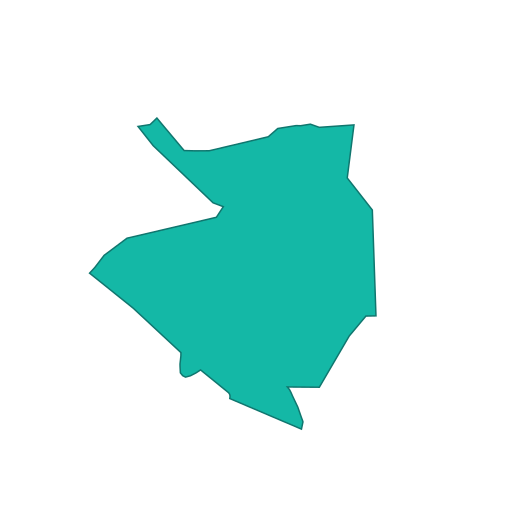 Guelatao de Juárez, Oaxaca, Mexico, rotated 149°
{"feature_id": "50627088B65015189617486", "entity_name": "Guelatao de Juárez", "entity_type": "district", "adm_level": 2, "iso_a3": "MEX", "parent_name": "Mexico", "parent_adm1": "Oaxaca", "projection": "albers", "projection_center": [-96.496, 17.314], "detail": "fine", "context": "isolated", "style": "filled", "palette": "teal", "viewbox_px": 512, "rotation_deg": 149, "n_neighbors": 0, "source": "geoboundaries", "source_scale": "gbopen_adm2", "svg_char_len": 839}
<svg xmlns="http://www.w3.org/2000/svg" viewBox="0 0 512 512"><g transform="rotate(149 256 256)"><path d="M290.4,427.8L287.3,403.5L265.4,323.7L258.6,315.1L270.0,309.6L357.4,337.7L385.8,334.8L399.0,329.6L400.0,329.2L407.5,327.0L388.1,274.4L370.1,211.9L371.8,209.1L374.3,205.8L376.8,202.5L377.9,200.6L381.0,194.8L380.5,191.2L378.8,188.5L373.9,187.1L367.6,186.7L362.2,186.9L349.9,152.9L349.8,151.1L350.3,149.5L351.3,148.0L351.9,147.3L306.2,84.2L301.2,89.6L300.9,90.7L300.1,94.9L298.0,104.9L296.8,117.2L296.3,121.0L296.1,124.4L296.6,127.6L269.3,110.9L217.3,139.4L192.7,147.9L184.0,142.9L132.6,235.5L137.6,275.9L104.5,317.9L135.5,333.7L141.5,341.0L150.7,344.7L154.4,347.1L171.7,354.1L184.1,351.9L241.9,370.3L254.2,377.6L263.3,383.4L268.8,418.1L269.9,425.3L279.1,423.2L290.4,427.8Z" fill="#14b8a6" stroke="#0f766e" stroke-width="1.5"/></g></svg>